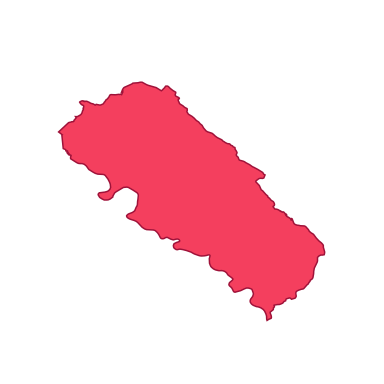 Yumbo, Valle del Cauca, Colombia (Equal Earth projection), rotated 114°
{"feature_id": "7082276B37421860048311", "entity_name": "Yumbo", "entity_type": "district", "adm_level": 2, "iso_a3": "COL", "parent_name": "Colombia", "parent_adm1": "Valle del Cauca", "projection": "equal_earth", "projection_center": [-76.519, 3.595], "detail": "fine", "context": "isolated", "style": "filled", "palette": "rose", "viewbox_px": 384, "rotation_deg": 114, "n_neighbors": 0, "source": "geoboundaries", "source_scale": "gbopen_adm2", "svg_char_len": 6039}
<svg xmlns="http://www.w3.org/2000/svg" viewBox="0 0 384 384"><g transform="rotate(114 192 192)"><path d="M211.0,316.4L212.0,309.6L212.1,308.1L211.9,306.7L210.7,303.8L210.5,301.7L211.2,299.1L213.4,295.4L214.1,290.4L214.3,288.0L214.0,285.4L212.2,280.6L211.9,279.2L212.2,277.9L214.3,274.1L216.4,271.5L218.0,269.9L220.9,268.2L222.9,268.1L224.8,268.8L225.8,269.5L227.5,271.5L230.4,276.3L231.4,276.8L232.5,276.7L233.0,276.3L234.5,274.1L234.9,271.6L235.0,268.9L234.2,267.1L233.3,265.4L231.7,263.9L228.8,262.3L227.9,262.6L224.3,262.3L222.5,261.3L215.7,256.5L214.0,253.5L213.7,251.9L214.3,246.3L215.0,242.0L215.4,241.1L216.2,240.1L217.1,239.6L220.7,238.4L222.4,238.0L225.9,236.7L227.6,236.6L228.4,236.8L232.5,236.7L234.9,238.1L237.7,240.9L238.7,241.6L239.5,241.9L240.2,242.1L240.8,241.8L241.2,241.4L241.6,240.7L241.9,239.5L242.0,237.4L241.5,233.3L241.5,231.0L242.0,229.1L244.5,223.2L245.0,220.2L244.8,218.1L242.4,211.8L242.2,209.9L243.1,207.3L243.6,206.3L244.5,204.9L246.6,202.3L246.9,201.6L247.0,201.0L246.7,199.9L246.3,199.2L245.8,198.6L244.3,197.5L243.6,196.4L243.5,195.7L243.7,192.1L243.4,190.0L243.2,189.4L241.8,187.7L241.1,186.6L240.8,185.9L240.7,184.7L241.2,183.7L241.6,183.4L242.1,183.3L242.5,183.5L244.3,185.5L246.3,187.2L246.8,187.4L248.3,187.3L249.7,186.5L250.3,185.9L250.7,185.0L251.0,183.1L250.7,182.0L249.3,180.2L249.0,179.5L248.3,176.8L247.7,173.1L247.3,168.4L247.6,165.5L247.6,164.0L247.2,159.5L246.9,158.2L246.5,157.1L245.3,154.8L244.2,153.1L242.8,151.5L242.4,150.5L242.5,150.1L242.6,149.8L243.2,149.5L245.8,149.1L250.0,147.0L251.8,145.2L252.5,144.3L252.9,143.3L253.5,141.1L253.6,139.0L253.1,136.1L252.8,135.1L251.7,132.8L251.3,131.3L251.3,129.3L251.8,127.5L253.0,125.7L253.3,124.9L254.0,121.6L254.5,119.9L254.8,119.3L255.3,119.1L256.5,119.4L259.1,120.7L259.9,120.9L261.4,120.7L262.1,120.2L262.5,119.5L263.1,117.6L263.7,116.3L265.8,113.8L266.1,113.2L266.2,112.8L266.0,111.9L262.4,107.5L259.1,104.7L257.5,103.1L256.8,101.4L256.5,99.5L256.5,98.2L256.6,97.6L259.2,95.1L260.2,94.4L262.7,94.1L265.9,94.8L267.2,94.8L268.6,94.2L269.2,93.6L270.1,92.1L270.5,90.6L270.6,89.6L270.5,86.6L270.0,84.8L269.8,82.1L270.3,79.2L271.3,77.2L273.2,75.0L274.9,73.5L277.9,72.0L278.8,71.2L277.1,70.1L275.3,68.4L275.0,68.3L274.1,68.5L273.6,68.8L272.6,69.5L270.7,71.4L270.0,71.7L266.4,69.9L264.5,70.5L263.5,70.0L263.1,70.1L262.1,71.0L261.9,70.8L260.2,68.4L259.2,66.4L258.2,65.3L256.6,63.9L254.6,63.4L253.3,62.2L251.8,62.5L251.2,62.3L249.1,59.9L249.0,58.9L249.5,57.5L247.1,54.7L246.2,54.4L244.8,54.4L242.8,55.7L241.8,56.2L240.5,56.2L239.3,55.5L238.1,54.4L236.5,52.7L235.9,51.8L235.1,50.8L234.4,50.5L229.9,49.1L228.7,48.4L227.3,48.4L225.8,47.9L224.3,48.0L223.4,47.3L222.3,46.8L221.1,46.7L217.4,47.6L214.8,48.6L211.7,49.3L205.3,49.1L203.9,49.3L200.8,50.7L200.3,50.6L198.8,50.0L197.3,48.8L196.5,47.1L195.5,45.7L193.6,46.1L192.7,46.5L189.1,49.5L187.4,50.3L186.8,51.0L185.9,53.0L185.0,56.3L183.5,59.8L181.4,63.5L181.0,64.8L181.0,66.0L180.2,68.8L179.0,70.4L177.4,74.0L177.3,74.8L177.3,75.5L178.7,79.2L179.0,80.8L179.6,82.7L179.7,84.7L179.5,85.5L179.1,86.3L175.8,89.6L175.7,90.2L176.0,90.4L177.1,89.6L177.3,90.0L176.4,91.0L176.2,91.6L175.8,93.9L175.9,94.8L175.7,95.6L175.2,96.5L175.0,96.3L174.8,96.7L174.6,96.1L174.3,96.3L174.3,96.6L174.0,96.8L174.1,97.0L173.7,98.5L173.1,99.7L173.1,100.8L173.5,101.0L173.6,101.9L173.3,103.3L173.6,103.4L173.2,105.2L173.1,106.5L173.4,108.2L173.9,109.3L172.6,111.8L172.1,112.0L171.1,111.4L170.1,111.4L168.9,112.2L168.1,113.2L167.7,113.9L167.4,116.1L167.1,116.9L166.2,118.6L165.8,120.5L164.9,121.2L164.8,121.7L164.5,122.3L164.3,123.3L162.1,128.1L162.0,128.9L161.8,129.7L158.7,133.1L156.7,137.9L156.1,138.1L155.7,138.0L152.5,136.3L151.5,134.8L151.0,133.2L150.0,132.1L146.7,132.2L146.6,133.7L145.4,135.3L144.6,141.2L144.3,145.6L144.3,147.2L143.6,150.4L143.3,154.9L143.0,156.2L143.0,157.6L143.6,161.6L143.5,161.9L142.6,163.0L141.5,163.9L140.9,165.8L140.6,166.2L140.1,166.7L138.0,166.8L137.5,167.0L136.1,168.8L135.6,169.8L133.9,170.9L134.0,172.7L133.4,173.7L133.4,175.7L132.9,176.5L132.8,177.6L133.3,179.0L133.4,179.9L133.2,182.4L133.0,183.0L132.9,184.4L132.2,186.0L132.0,191.1L131.4,193.7L130.6,195.9L130.2,197.6L130.7,202.4L130.4,204.2L128.8,207.5L127.0,209.9L126.3,212.5L125.3,214.4L124.9,217.1L123.6,220.2L122.9,222.8L122.4,226.9L120.7,229.4L119.4,229.5L118.0,230.2L117.8,230.6L117.7,232.7L117.4,234.0L116.9,235.5L116.7,237.4L116.3,239.4L115.3,240.3L114.2,241.7L112.8,242.3L112.1,241.6L111.5,241.7L111.1,242.5L111.0,245.7L110.7,246.3L110.1,246.9L108.4,247.1L107.5,247.4L107.4,247.6L107.1,250.5L106.2,254.1L105.3,256.4L105.2,257.3L105.4,258.0L106.1,259.2L108.0,259.5L109.7,260.2L110.8,260.5L112.0,261.2L111.2,267.2L112.4,275.8L112.4,277.5L112.0,282.3L112.8,284.0L114.2,285.8L116.6,290.3L117.8,290.9L123.8,296.3L124.7,296.8L126.4,297.1L128.6,297.0L127.9,296.6L127.9,296.3L128.6,296.5L128.9,295.9L129.3,295.8L130.0,295.9L130.0,296.3L130.7,295.9L131.7,295.9L131.7,296.9L132.4,297.8L132.5,298.5L134.4,301.6L136.0,305.7L136.6,306.2L137.0,306.5L138.8,306.5L141.6,307.2L142.3,307.8L143.1,308.1L145.0,308.3L145.4,308.6L147.1,308.8L147.8,309.1L149.4,310.6L150.0,311.3L150.2,312.0L150.9,315.2L151.8,315.5L152.0,315.9L151.7,317.9L152.2,321.1L151.9,321.7L151.9,325.1L152.3,325.7L152.6,326.8L153.0,326.8L153.3,328.0L153.0,328.2L153.4,329.5L155.0,331.0L155.6,331.2L156.6,329.8L157.2,327.8L157.1,326.8L157.4,326.0L158.4,325.5L159.4,325.5L159.8,325.2L160.3,325.3L160.4,325.0L161.0,324.8L162.3,325.0L164.4,324.7L165.6,324.8L166.7,325.1L169.4,327.1L169.9,327.6L170.5,329.1L171.1,328.2L171.5,328.0L172.5,328.4L173.3,328.4L174.2,328.9L174.8,328.9L175.3,328.7L175.6,328.8L176.2,329.3L176.6,330.3L177.4,331.1L178.5,332.6L178.9,333.0L191.4,338.3L192.5,333.8L193.0,334.0L204.7,327.3L204.7,324.9L205.0,324.2L205.6,324.1L205.8,323.8L205.7,323.5L205.2,322.7L205.2,322.4L205.4,322.2L206.5,322.4L207.0,322.0L207.3,321.5L207.2,321.4L206.5,321.4L206.4,321.1L206.9,320.5L207.4,319.3L207.6,319.3L207.6,320.3L207.9,320.3L208.1,320.0L208.1,319.1L207.8,318.1L207.7,317.5L208.1,317.2L209.4,317.2L211.0,316.4Z" fill="#f43f5e" stroke="#9f1239" stroke-width="1.5"/></g></svg>